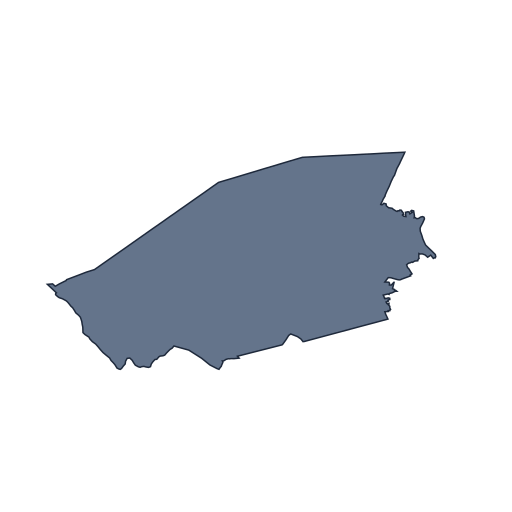 San Nicolás, Oaxaca, Mexico (Mercator projection), rotated 40°
{"feature_id": "50627088B62304740302326", "entity_name": "San Nicolás", "entity_type": "district", "adm_level": 2, "iso_a3": "MEX", "parent_name": "Mexico", "parent_adm1": "Oaxaca", "projection": "mercator", "projection_center": [-96.736, 16.433], "detail": "fine", "context": "isolated", "style": "filled", "palette": "slate", "viewbox_px": 512, "rotation_deg": 40, "n_neighbors": 0, "source": "geoboundaries", "source_scale": "gbopen_adm2", "svg_char_len": 4205}
<svg xmlns="http://www.w3.org/2000/svg" viewBox="0 0 512 512"><g transform="rotate(40 256 256)"><path d="M114.4,411.8L126.8,412.5L126.6,413.4L127.3,414.4L128.0,414.5L130.1,414.6L132.1,414.4L135.1,413.2L137.0,412.8L139.5,412.3L141.4,412.4L144.1,412.9L146.3,413.4L148.8,413.5L152.1,414.5L154.5,415.4L158.3,415.4L160.8,415.8L162.5,416.8L164.7,418.2L166.7,420.0L169.0,421.8L170.9,423.9L172.7,425.9L175.4,426.1L178.9,425.7L180.1,425.5L181.9,426.3L185.7,426.8L189.8,426.5L193.2,427.0L196.7,427.7L200.9,428.3L205.1,428.3L209.4,428.2L212.1,429.2L215.1,429.5L217.6,429.9L220.1,430.7L221.4,431.2L223.4,430.8L224.9,430.1L225.3,428.6L225.1,425.6L225.2,422.8L223.7,420.4L223.1,417.2L224.9,415.3L228.3,415.5L230.8,416.4L233.7,417.2L237.1,416.5L238.8,415.7L239.6,414.2L241.1,412.6L242.9,411.8L245.3,410.4L246.3,408.6L245.2,406.0L245.0,403.5L245.1,400.3L246.4,398.9L246.4,395.7L246.9,394.3L248.9,392.2L249.8,390.6L249.8,387.9L250.0,385.3L250.2,382.9L251.0,380.6L251.0,377.7L265.0,371.3L280.1,369.3L290.7,369.1L298.6,367.3L300.5,366.6L300.3,364.6L300.3,362.8L299.8,361.6L299.0,358.8L298.5,358.3L297.7,358.0L298.5,357.3L299.0,356.2L299.4,354.6L300.9,352.4L301.6,352.0L302.5,351.0L303.0,350.5L305.2,348.7L308.7,345.1L306.2,344.7L333.1,307.3L333.2,306.5L332.8,300.9L332.1,295.9L332.7,293.4L335.4,292.5L339.5,291.1L343.6,290.7L346.8,291.3L347.0,291.4L347.7,290.8L358.2,275.8L376.9,249.1L382.2,241.5L390.3,230.0L397.6,219.5L394.2,217.9L392.4,217.1L392.3,216.9L390.5,215.9L393.1,213.4L392.4,212.9L393.7,211.7L393.2,211.1L393.4,210.4L391.9,209.8L390.8,208.5L389.3,208.4L388.8,208.3L388.9,208.1L388.7,207.5L388.8,207.3L388.2,206.7L387.3,208.2L386.7,208.3L385.2,207.6L386.4,205.6L385.5,205.1L385.5,204.8L386.5,203.3L385.6,202.4L384.2,203.1L382.6,205.4L382.1,205.3L381.8,205.9L380.4,205.0L378.6,204.2L381.4,200.4L382.4,200.0L382.6,199.9L382.2,199.5L382.5,198.7L383.9,196.8L385.3,193.6L386.5,192.5L385.4,192.5L384.1,193.2L383.7,192.6L381.6,193.3L378.7,187.4L378.5,187.5L378.3,191.2L377.0,192.4L376.8,192.5L375.8,191.0L374.6,190.7L371.4,193.1L371.2,187.9L371.2,187.6L371.5,187.3L373.1,186.1L373.7,185.7L374.7,185.4L378.8,183.5L379.3,183.3L381.0,182.3L381.6,181.7L382.0,181.2L382.5,180.0L382.7,179.7L383.0,179.2L383.7,177.9L384.9,175.9L387.2,171.8L386.8,171.7L386.3,171.5L387.0,169.4L384.0,168.5L381.5,167.6L380.7,167.5L379.5,167.4L377.0,165.9L377.3,164.1L377.7,163.1L378.3,162.5L379.3,160.4L380.1,160.2L380.8,157.9L383.0,155.7L382.4,154.5L382.5,153.0L381.4,152.2L379.2,149.4L380.3,149.1L382.0,147.5L384.8,146.5L388.3,146.6L389.3,143.0L393.4,143.9L393.5,143.7L394.0,142.3L394.4,142.3L394.2,141.0L392.4,139.6L388.7,139.3L387.8,139.2L382.8,138.9L378.9,138.6L376.1,137.3L372.9,135.7L369.9,133.7L365.9,131.4L363.9,129.3L363.3,127.7L362.4,123.4L361.4,120.0L361.2,119.3L360.3,118.6L359.6,118.3L358.2,118.8L357.0,120.5L356.7,121.8L356.2,123.0L355.1,124.1L354.2,124.2L353.3,124.2L352.8,124.7L352.6,125.0L351.6,123.4L347.8,120.1L345.9,121.0L345.8,121.5L345.7,122.2L346.4,122.3L346.6,122.2L347.6,122.2L346.8,124.8L345.1,123.9L344.0,124.4L342.4,126.5L343.3,127.2L344.3,128.5L344.8,128.8L345.5,129.4L343.6,130.6L342.7,130.6L341.9,130.6L341.7,130.2L342.3,129.2L340.7,128.2L339.4,128.2L339.3,127.9L337.6,127.6L336.5,128.6L336.6,129.5L335.6,130.1L335.4,131.2L334.0,131.6L331.2,132.0L329.7,131.9L329.5,132.0L329.3,132.1L326.7,133.7L326.6,133.8L323.6,133.8L323.3,133.6L322.3,132.6L322.2,132.5L320.1,133.4L320.1,133.6L319.6,135.8L318.4,136.4L318.3,136.2L317.3,131.9L317.0,131.3L316.3,126.9L315.9,126.6L314.4,121.6L313.4,117.5L313.3,117.1L311.4,111.3L311.4,111.0L311.1,110.0L310.3,106.7L310.3,105.4L307.6,98.1L307.6,97.8L306.5,92.5L306.4,92.4L303.9,82.8L303.3,80.8L295.4,88.1L292.8,90.5L287.9,95.0L279.1,103.3L271.5,110.3L266.6,114.9L258.6,122.3L253.7,126.8L248.6,131.5L236.6,142.7L228.1,150.6L221.2,161.0L205.6,184.7L199.2,194.5L193.5,203.2L188.4,211.0L182.5,219.9L180.6,222.8L180.0,223.7L178.4,229.7L175.0,242.7L173.3,249.0L170.7,258.8L169.0,265.2L167.7,269.9L166.4,275.0L165.7,277.6L164.9,280.4L162.4,290.0L159.2,301.8L150.7,333.9L145.8,352.2L143.1,362.3L141.0,370.2L139.8,372.1L136.4,377.4L132.6,384.3L126.1,395.9L126.3,397.0L125.9,397.8L123.2,404.0L121.7,408.2L118.1,408.1L114.4,411.8Z" fill="#64748b" stroke="#1e293b" stroke-width="1.5"/></g></svg>